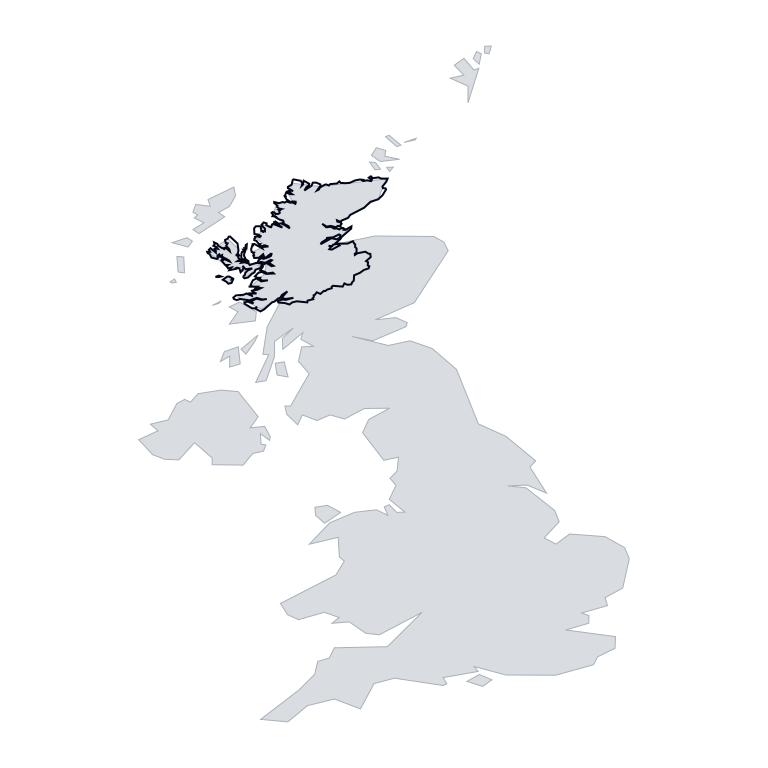 location of Highland within United Kingdom
{"feature_id": "GBR-2745", "entity_name": "Highland", "entity_type": "Unitary District", "adm_level": 1, "iso_a3": "GBR", "parent_name": "United Kingdom", "parent_adm1": "", "projection": "natural_earth1", "projection_center": [-5.279, 57.587], "detail": "fine", "context": "in_parent", "style": "outline", "palette": "ink", "viewbox_px": 768, "rotation_deg": 0, "n_neighbors": 0, "source": "natural_earth", "source_scale": "10m", "svg_char_len": 9799}
<svg xmlns="http://www.w3.org/2000/svg" viewBox="0 0 768 768"><path d="M422.1,612.3L379.3,634.8L365.8,633.3L349.2,621.9L332.0,623.3L339.1,617.5L324.3,612.3L298.5,619.7L287.4,614.6L280.5,603.4L336.0,574.9L344.3,561.1L339.4,556.9L338.2,537.3L309.3,544.2L329.8,522.7L354.7,512.3L376.4,509.8L387.8,515.3L384.3,506.8L389.3,504.7L396.6,512.4L405.0,512.1L389.3,499.3L396.0,485.3L390.0,478.3L397.1,470.9L398.5,457.2L383.8,460.3L362.6,432.7L368.7,419.5L389.6,408.2L364.4,408.5L344.5,419.0L330.0,414.9L317.0,420.5L302.3,414.9L297.7,424.8L286.7,414.2L284.9,406.1L290.6,406.0L309.1,373.7L298.5,361.3L301.7,346.9L313.5,346.3L300.8,339.3L302.9,332.6L282.8,349.4L282.4,338.4L293.4,327.9L274.6,341.3L274.4,356.9L266.1,380.7L255.7,382.4L268.7,354.8L262.9,354.2L267.2,326.8L284.0,295.1L261.5,309.2L238.3,297.6L257.8,289.2L251.5,286.1L264.6,273.7L266.0,265.6L254.8,256.6L254.5,251.0L265.1,246.2L257.2,238.6L263.8,225.4L285.5,225.4L273.2,213.8L276.8,203.4L292.6,201.9L288.7,194.4L292.2,183.2L320.1,186.5L386.0,179.0L378.6,198.3L341.5,220.6L339.4,227.3L348.0,229.3L334.7,244.2L375.1,236.0L433.8,236.5L443.8,242.1L448.2,250.7L414.3,302.7L375.2,319.8L395.8,317.6L407.2,322.6L406.2,326.6L372.9,340.7L352.1,336.5L388.2,345.5L410.1,340.8L432.2,348.5L456.5,369.4L478.4,423.9L506.2,436.5L535.7,460.9L529.9,467.0L546.5,493.1L527.2,485.1L507.9,485.9L526.1,487.9L554.7,510.5L559.2,521.7L544.2,537.9L556.0,544.1L569.6,534.0L605.1,536.7L624.6,547.6L629.3,558.7L622.7,588.1L605.1,597.6L607.5,605.6L581.6,613.0L588.9,615.6L588.8,623.2L565.6,630.0L615.5,636.6L615.0,648.2L597.5,656.9L593.5,664.7L555.8,675.2L505.9,675.0L474.0,666.5L478.2,671.4L443.2,677.6L446.8,683.9L443.1,685.5L394.5,678.2L374.1,683.6L360.4,708.9L334.4,699.0L307.5,705.6L287.8,721.9L260.6,719.4L299.1,689.9L314.7,674.3L317.7,661.4L329.1,658.2L334.4,647.8L387.3,646.7L422.1,612.3ZM243.2,465.1L212.1,464.7L212.2,458.0L194.6,442.7L178.8,459.9L164.9,459.3L152.8,454.8L138.7,439.7L158.0,430.8L150.4,424.2L168.2,419.9L176.9,403.5L184.7,399.4L190.4,402.2L198.0,393.7L221.1,390.1L238.1,391.6L258.2,416.7L250.2,427.8L264.7,426.4L270.2,436.7L269.6,440.4L260.4,433.6L261.1,444.2L265.9,444.9L263.5,451.1L252.7,453.5L243.2,465.1ZM235.6,195.7L229.5,206.5L218.5,212.4L224.7,216.8L199.0,233.6L193.0,229.6L203.9,222.8L194.3,217.9L197.8,215.0L192.9,212.2L195.8,204.4L210.3,206.4L208.0,199.5L233.8,187.1L235.6,195.7ZM238.0,248.7L238.4,260.6L260.9,266.0L245.4,277.3L243.2,267.6L229.3,267.5L208.2,252.6L227.8,238.7L238.0,248.7ZM463.9,58.3L473.9,70.0L478.8,68.4L468.0,102.8L468.0,86.1L450.2,78.2L463.8,75.1L454.3,65.3L463.9,58.3ZM255.4,320.9L229.4,324.1L237.9,311.8L229.2,306.9L239.7,302.1L256.3,311.8L255.4,320.9ZM327.4,505.3L340.6,512.4L324.6,523.3L315.6,515.3L314.9,507.3L327.4,505.3ZM238.3,346.8L240.2,363.9L229.6,367.1L229.8,356.2L220.5,361.4L224.4,351.6L238.3,346.8ZM385.7,150.5L384.8,156.2L399.6,159.3L380.3,161.5L371.4,155.4L376.3,147.7L385.7,150.5ZM288.1,377.0L277.1,375.0L275.2,363.3L284.2,361.8L288.1,377.0ZM491.9,679.8L482.7,686.4L466.9,681.4L479.4,674.5L491.9,679.8ZM246.0,354.1L241.0,349.2L258.0,335.1L254.4,342.1L246.0,354.1ZM187.0,237.7L192.4,241.2L188.0,247.0L172.1,242.7L187.0,237.7ZM184.5,272.9L178.1,272.0L176.9,256.4L183.8,257.0L184.5,272.9ZM479.2,64.2L473.2,58.7L476.5,51.6L481.3,53.7L479.2,64.2ZM400.9,145.1L396.9,146.6L385.5,136.7L389.1,135.3L400.9,145.1ZM380.5,169.2L375.1,169.9L369.5,162.1L375.3,162.4L380.5,169.2ZM491.3,46.1L489.1,53.8L484.5,53.0L484.7,46.2L491.3,46.1ZM415.1,139.9L404.1,142.4L416.2,138.3L415.1,139.9ZM231.3,282.3L228.1,282.9L223.9,279.0L229.2,277.0L231.3,282.3ZM393.3,167.1L389.6,171.5L386.7,167.4L393.3,167.1ZM219.0,303.3L212.3,305.4L221.3,300.9L219.0,303.3ZM176.3,282.2L172.0,283.1L170.2,281.8L174.5,278.9L176.3,282.2Z" fill="#d9dde1" stroke="#a8b0b8" stroke-width="1"/><path d="M278.4,302.5L277.8,301.2L279.3,300.3L282.6,299.5L285.7,299.9L293.4,297.8L285.4,299.0L281.6,297.7L287.4,291.4L281.9,295.0L280.2,297.9L278.2,298.4L274.4,301.6L272.1,302.3L264.1,309.4L260.5,311.4L255.8,308.9L256.9,306.7L254.7,308.5L251.8,308.1L244.6,303.8L244.3,302.4L247.9,301.6L252.5,303.3L252.9,302.9L251.2,301.2L256.4,298.7L261.8,299.9L266.8,299.0L262.3,299.5L256.8,297.9L249.7,300.3L240.0,299.0L236.9,300.1L233.9,299.0L233.3,297.6L236.0,295.4L243.4,294.8L246.4,293.5L251.9,295.8L251.6,294.5L250.3,293.5L256.5,293.5L252.9,292.2L252.0,290.7L257.6,289.7L261.2,288.0L259.7,287.8L257.1,289.2L255.2,288.8L257.6,286.7L248.6,286.7L251.9,286.3L250.6,284.9L252.9,280.3L256.6,278.4L261.3,281.4L267.9,280.3L262.7,280.6L260.0,279.5L260.3,277.8L257.3,277.7L254.9,276.4L258.6,272.6L261.9,272.0L266.2,273.9L273.8,273.5L272.8,272.6L267.0,273.5L264.9,271.8L260.3,270.3L262.9,266.7L262.0,265.6L265.2,263.5L266.9,263.3L271.6,266.2L273.5,265.8L268.9,262.8L271.9,260.3L270.7,259.9L265.2,262.8L261.4,262.0L258.4,262.4L257.9,261.6L259.3,259.4L261.6,258.1L263.5,258.9L268.9,257.1L271.1,255.7L271.5,253.9L270.7,253.8L265.9,257.5L262.3,256.9L263.8,255.9L263.2,254.2L259.0,257.7L254.2,258.0L253.3,255.6L254.0,255.2L253.3,253.5L254.0,252.6L251.7,252.0L251.1,249.4L252.3,245.4L253.0,245.4L252.7,244.1L254.4,244.0L262.3,248.4L261.6,247.1L268.4,246.5L264.8,245.3L261.3,246.3L259.7,244.9L260.3,244.1L258.7,243.9L256.4,240.8L254.3,240.2L254.3,238.7L255.3,237.9L255.0,236.9L257.8,236.2L259.8,237.2L260.7,236.1L258.4,234.6L254.4,234.0L254.1,228.4L255.8,226.3L259.5,226.2L260.7,226.7L261.3,231.0L263.9,232.3L263.0,231.0L265.0,231.4L264.9,228.5L261.8,225.7L262.3,225.0L261.7,224.6L263.6,222.5L266.6,223.4L266.3,225.1L269.7,227.0L271.2,227.2L272.1,224.4L273.1,223.8L282.4,227.6L277.7,224.4L274.2,223.2L274.2,222.1L275.2,222.4L275.5,221.6L278.8,223.8L280.7,223.4L283.5,224.4L289.7,228.4L288.4,226.1L282.4,223.0L283.7,222.1L283.2,220.6L279.0,219.3L275.8,217.4L276.2,217.0L275.4,216.3L272.5,216.2L273.2,214.9L271.6,212.9L272.5,212.1L274.3,212.4L275.5,214.0L278.6,213.8L279.8,212.8L279.1,210.7L279.8,210.3L278.8,209.8L281.4,209.0L279.1,208.5L277.1,206.9L277.5,205.6L274.2,203.0L274.2,202.0L278.9,203.2L282.7,202.0L284.7,202.6L286.8,201.4L289.8,202.6L292.9,202.6L296.2,204.3L293.9,202.6L296.5,201.8L292.5,201.4L290.6,202.1L286.5,199.3L284.7,196.3L285.7,196.3L285.2,195.0L286.2,192.5L290.2,194.2L292.2,194.2L290.5,193.0L290.3,192.1L288.3,192.5L288.9,191.7L288.0,191.2L290.6,190.1L293.2,191.2L287.9,188.1L287.9,186.9L291.7,184.6L292.7,180.0L293.5,179.4L300.8,180.8L302.4,183.6L301.7,185.8L302.9,184.7L303.7,180.7L309.2,183.8L308.9,185.3L306.6,186.9L304.4,190.5L311.5,185.8L312.8,182.7L316.0,182.6L320.4,184.4L320.4,185.8L317.1,190.4L318.8,189.6L320.0,187.5L324.4,184.9L326.1,184.4L329.6,185.8L328.9,185.3L330.2,184.1L336.9,183.5L339.4,181.4L340.6,182.9L345.8,183.2L349.8,182.8L355.2,180.4L360.0,179.5L362.6,179.8L362.0,180.3L363.1,181.0L367.2,180.3L371.1,181.1L371.8,179.8L368.8,177.7L370.6,176.4L371.4,176.5L372.2,178.2L378.7,177.4L381.2,178.6L387.6,178.6L386.2,181.9L382.4,186.5L383.0,188.2L385.5,188.3L386.1,189.4L382.5,195.3L378.2,199.3L370.4,201.8L364.2,207.7L350.2,214.9L348.1,217.9L341.5,220.6L341.0,222.1L337.0,220.3L337.3,221.6L340.3,222.3L341.6,223.8L340.6,224.9L340.6,226.3L337.7,225.9L336.1,227.2L330.6,225.9L326.7,226.6L322.2,223.8L326.3,227.3L331.1,226.8L333.9,228.6L334.7,228.6L334.4,227.6L339.2,229.4L341.9,227.9L343.4,228.1L344.3,228.9L343.6,229.7L345.2,230.0L351.4,226.4L351.2,228.6L341.7,236.9L340.0,236.8L340.4,235.2L339.1,234.4L333.1,237.3L327.0,237.9L326.3,239.5L321.8,242.3L320.6,244.2L331.5,238.2L336.5,239.3L340.7,237.4L341.0,238.2L340.0,239.4L335.5,243.3L336.2,244.1L333.0,244.7L332.3,246.1L328.6,245.8L331.2,246.7L329.3,249.2L331.9,249.6L339.5,245.5L337.2,243.7L347.6,243.6L353.0,241.2L354.3,243.8L355.2,244.3L355.1,247.0L356.6,248.5L356.5,252.4L354.8,253.8L354.9,254.9L357.4,253.3L365.4,251.7L368.3,253.6L370.3,253.9L370.7,257.1L366.1,261.1L368.1,262.3L367.7,265.4L369.3,266.2L368.6,268.4L364.0,269.9L360.0,272.8L354.1,275.3L353.8,280.6L352.1,282.3L351.3,284.4L347.4,284.8L344.4,283.4L342.7,286.6L332.9,285.8L331.7,286.7L331.8,288.2L326.9,289.7L325.4,291.0L323.8,290.9L320.4,293.9L316.7,292.3L314.9,294.8L313.6,295.3L313.8,297.1L312.6,298.2L313.2,299.2L307.6,300.6L307.3,302.4L296.8,301.3L292.2,302.4L289.5,304.5L285.0,303.1L278.4,302.5ZM217.7,258.6L216.9,259.0L211.4,257.5L209.7,254.2L207.7,253.1L207.2,251.8L210.1,251.8L208.9,249.8L210.5,248.2L215.7,252.5L215.4,251.4L216.0,250.9L214.6,248.9L215.5,248.3L217.8,248.8L216.1,246.7L213.4,245.8L214.6,244.3L214.1,242.4L217.4,243.9L218.2,245.8L222.5,248.3L224.7,247.9L223.6,249.8L225.7,247.8L229.9,251.4L229.3,249.3L226.2,245.8L227.6,243.3L225.7,242.9L225.0,240.0L227.7,238.6L228.7,236.7L230.0,236.5L237.5,243.5L238.5,250.5L237.8,253.7L235.8,255.6L238.8,254.8L239.2,255.4L238.1,256.9L238.4,257.9L240.1,259.4L237.5,261.1L242.7,260.9L241.1,262.8L244.5,262.3L248.6,263.5L249.7,265.0L256.1,262.9L261.9,263.7L261.1,266.9L259.8,268.3L255.4,269.8L254.5,272.4L252.0,273.7L248.0,277.5L244.5,278.3L243.4,277.3L243.5,276.2L244.8,274.9L245.5,272.7L247.7,270.5L252.3,268.4L245.5,269.2L242.7,265.8L243.7,267.9L242.4,269.6L242.7,270.1L240.6,272.2L239.4,268.4L236.9,267.6L236.4,267.9L237.1,268.4L236.3,268.8L229.5,270.1L231.5,267.5L228.2,268.4L226.5,266.2L228.2,265.0L225.2,265.0L221.6,260.7L224.8,259.3L229.9,261.6L229.3,260.7L225.3,258.3L222.6,258.6L223.3,257.7L222.0,257.3L222.6,256.9L221.8,256.4L222.0,255.2L219.7,256.4L220.0,255.3L219.3,254.3L217.4,256.0L217.7,258.6ZM229.1,276.5L232.7,278.4L231.8,279.5L233.1,279.5L231.5,283.0L228.3,283.7L226.6,281.9L222.8,279.8L227.2,276.6L229.1,276.5ZM241.8,258.6L241.2,257.0L241.6,253.0L242.0,252.0L244.1,251.4L243.1,249.7L245.1,249.7L244.5,248.4L245.3,248.6L245.8,249.2L244.1,254.1L244.1,256.0L245.4,258.5L242.2,259.8L241.4,259.4L241.8,258.6ZM246.9,262.4L244.5,261.2L244.2,260.4L247.0,260.1L248.3,261.0L248.5,262.0L246.9,262.4ZM215.5,276.9L218.9,275.6L221.2,276.5L218.3,277.1L215.5,276.9ZM246.5,247.9L245.4,247.0L245.8,244.9L246.8,244.3L246.5,247.9Z" fill="none" stroke="#020617" stroke-width="2"/></svg>